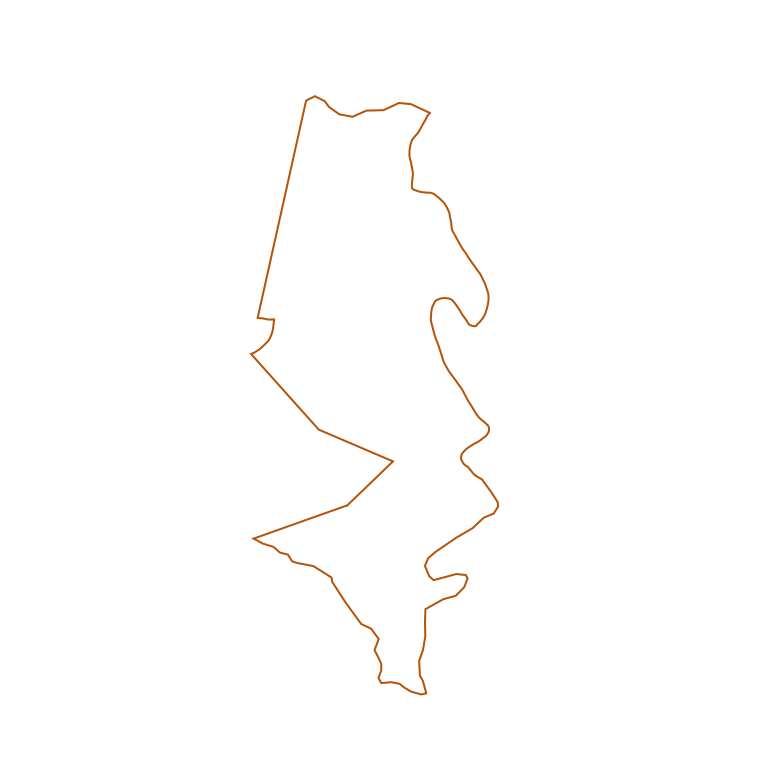 De Mailly, Vieux Fort, Saint Lucia, rotated 54°
{"feature_id": "8701671B80390087772516", "entity_name": "De Mailly", "entity_type": "district", "adm_level": 2, "iso_a3": "LCA", "parent_name": "Saint Lucia", "parent_adm1": "Vieux Fort", "projection": "mercator", "projection_center": [-60.949, 13.797], "detail": "fine", "context": "isolated", "style": "outline", "palette": "amber", "viewbox_px": 768, "rotation_deg": 54, "n_neighbors": 0, "source": "geoboundaries", "source_scale": "gbopen_adm2", "svg_char_len": 4845}
<svg xmlns="http://www.w3.org/2000/svg" viewBox="0 0 768 768"><g transform="rotate(54 384 384)"><path d="M658.8,532.2L659.0,531.6L646.8,527.0L641.1,526.4L628.9,518.5L621.9,508.6L612.2,498.7L600.7,490.8L590.5,482.8L593.0,462.4L597.5,450.5L595.6,438.7L590.5,430.7L586.6,430.1L580.2,437.3L571.9,459.1L566.1,460.4L555.2,457.8L550.8,450.5L550.1,441.3L550.8,416.2L552.7,397.1L550.8,381.9L552.5,374.8L553.3,371.4L550.1,363.5L546.3,361.5L541.5,361.2L535.4,360.9L534.7,360.8L518.7,360.8L516.4,361.9L511.0,364.1L507.3,364.5L500.1,364.9L499.1,365.4L498.2,365.9L497.2,366.1L495.8,366.4L494.7,366.5L493.6,366.3L493.0,366.3L491.2,366.0L489.9,365.7L488.9,365.1L488.5,364.8L488.1,364.5L487.8,364.1L487.4,363.7L486.9,362.8L486.5,362.1L486.0,361.0L485.6,359.6L485.5,359.0L485.2,357.2L485.0,356.6L485.0,355.9L484.9,353.5L485.0,352.0L485.1,350.1L485.2,348.2L485.4,345.9L485.6,344.6L485.8,343.6L485.9,342.5L486.0,342.1L486.1,340.9L486.1,339.5L486.1,337.9L486.1,336.3L486.1,334.5L486.0,333.1L485.6,330.7L485.2,329.8L484.9,328.9L484.2,327.4L482.9,326.1L481.8,325.2L480.1,324.5L478.3,324.3L476.2,324.7L474.7,325.0L474.3,325.1L470.5,326.1L466.8,326.9L463.7,327.0L463.3,327.0L459.0,326.7L454.4,326.3L453.4,326.2L451.7,326.1L446.8,325.8L442.7,325.2L441.6,325.0L441.0,325.0L437.3,324.4L434.7,324.1L434.0,324.0L431.0,323.9L428.5,324.0L424.1,323.9L418.7,324.0L412.1,324.0L406.1,323.4L403.8,323.1L400.3,322.4L398.5,321.8L398.0,321.7L396.1,321.0L395.7,320.8L393.4,320.1L392.3,319.7L391.5,319.4L389.6,318.8L388.3,318.4L386.0,317.6L383.5,316.9L381.2,316.2L379.3,315.9L376.6,315.1L375.5,314.7L374.2,314.3L372.2,313.5L368.7,312.2L366.3,311.2L362.6,309.8L362.3,309.7L359.0,308.1L357.3,306.3L356.3,305.7L355.6,305.1L355.2,304.8L354.6,304.3L354.1,303.9L352.9,302.8L351.7,301.5L350.8,300.6L350.5,300.2L349.8,299.2L349.1,297.9L348.9,297.5L348.3,296.2L348.0,295.6L347.1,294.2L347.1,293.4L347.1,292.7L347.2,291.6L347.4,290.7L347.5,290.3L347.7,289.4L347.9,288.4L348.3,287.7L348.6,287.1L348.9,286.4L349.4,285.5L349.7,284.9L350.9,283.5L351.6,282.7L352.3,281.9L352.7,281.5L353.8,280.8L354.1,280.5L355.2,280.0L356.2,279.6L357.9,279.3L359.0,279.2L361.3,279.2L365.6,279.2L366.2,279.2L374.3,279.9L381.4,279.9L382.3,280.0L384.1,280.2L384.7,280.3L386.3,280.1L387.9,279.1L388.2,278.8L388.7,278.5L389.8,277.5L390.5,276.9L390.9,275.9L391.2,275.2L390.6,273.7L390.3,271.4L390.0,269.7L389.6,268.0L388.9,265.7L388.6,264.9L388.2,264.0L387.8,263.2L387.2,261.7L386.6,260.8L385.8,259.6L384.7,258.1L384.1,257.3L383.2,256.2L382.7,255.6L382.0,254.7L380.4,252.9L378.1,250.6L376.8,249.6L375.2,248.4L373.6,247.3L372.4,246.7L372.1,246.6L370.6,245.9L368.4,245.3L366.3,244.6L362.7,243.4L360.4,243.0L357.4,242.5L356.7,242.3L354.7,242.0L352.3,241.6L350.2,241.5L347.2,241.6L343.0,241.5L337.8,241.5L332.2,241.4L330.4,241.3L327.3,241.0L320.9,241.0L313.9,240.3L313.3,240.2L307.4,239.4L305.0,239.1L304.0,239.0L303.4,238.9L300.9,238.7L300.2,238.5L298.9,238.1L297.4,237.5L295.6,236.5L293.2,234.9L289.7,233.3L287.4,232.4L284.9,230.9L283.1,230.3L280.1,229.7L277.9,229.3L277.3,229.2L275.6,229.2L273.4,229.0L271.3,229.1L270.9,229.2L268.9,229.5L267.8,229.8L266.3,230.0L262.4,231.1L261.0,231.5L259.8,231.9L259.4,232.0L258.9,232.3L258.1,232.8L256.7,233.9L256.2,234.4L255.1,235.8L254.7,236.5L254.2,237.1L253.6,237.7L251.4,240.2L249.9,241.6L248.9,242.5L245.4,245.0L244.0,245.8L243.1,246.2L242.0,246.1L241.5,245.8L240.9,245.5L240.1,245.0L239.6,244.6L238.6,243.8L237.4,242.8L236.2,241.7L235.3,241.0L234.9,240.6L233.6,239.3L232.8,238.6L232.3,238.1L231.4,237.4L229.9,236.4L229.3,236.0L227.7,235.3L226.9,234.9L225.0,234.0L223.9,233.5L222.8,233.0L220.6,231.8L219.3,231.4L218.2,231.0L216.6,230.4L216.2,230.1L214.2,229.3L212.7,228.1L210.8,226.7L208.5,224.5L206.3,222.4L204.0,219.2L203.1,217.8L202.9,217.3L202.5,216.1L202.1,214.6L202.0,214.1L201.6,212.4L201.2,210.6L201.1,209.9L200.6,208.2L199.9,206.7L199.2,205.2L198.9,204.5L198.5,203.5L198.1,202.8L197.5,201.6L196.5,199.5L195.7,197.8L195.1,196.3L194.5,195.0L194.1,194.1L192.7,191.6L192.2,189.7L191.9,188.8L191.7,187.6L191.2,187.8L173.4,197.7L165.4,206.8L162.2,223.4L152.5,237.5L149.3,252.4L139.6,261.6L127.5,265.7L120.3,265.7L110.6,270.7L109.0,279.8L109.0,280.5L180.4,361.4L256.3,447.4L260.0,443.2L264.0,439.6L267.1,435.0L272.3,439.6L275.2,442.5L278.1,446.3L280.6,450.8L281.7,455.3L282.8,464.3L282.3,471.0L281.5,473.9L382.6,463.6L451.9,422.2L460.7,485.7L460.3,485.9L432.4,580.4L441.9,575.8L447.2,571.9L450.8,569.2L454.7,568.3L459.2,567.3L459.5,567.0L465.6,562.0L468.9,562.3L473.3,562.6L477.1,560.0L479.0,558.3L489.9,548.1L509.8,540.2L513.6,542.2L522.5,542.7L537.3,543.5L564.8,543.5L574.5,538.2L587.3,538.2L590.3,542.9L593.7,548.1L596.2,548.5L598.8,548.8L605.3,550.0L609.0,550.8L614.2,554.7L618.0,560.4L618.6,561.3L624.4,562.0L629.5,553.4L635.9,547.5L638.0,547.0L641.1,546.2L643.6,545.1L648.8,542.9L657.1,536.3L657.7,534.9L658.8,532.2Z" fill="none" stroke="#b45309" stroke-width="2"/></g></svg>